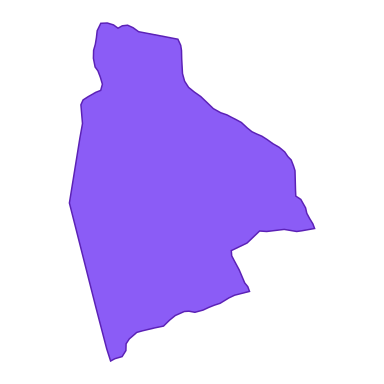 Mogeiro, Paraíba, Brazil (Robinson projection)
{"feature_id": "56859067B61318490511597", "entity_name": "Mogeiro", "entity_type": "district", "adm_level": 2, "iso_a3": "BRA", "parent_name": "Brazil", "parent_adm1": "Paraíba", "projection": "robinson", "projection_center": [-35.482, -7.296], "detail": "fine", "context": "isolated", "style": "filled", "palette": "violet", "viewbox_px": 384, "rotation_deg": 0, "n_neighbors": 0, "source": "geoboundaries", "source_scale": "gbopen_adm2", "svg_char_len": 1285}
<svg xmlns="http://www.w3.org/2000/svg" viewBox="0 0 384 384"><path d="M133.1,27.7L127.6,25.2L122.3,25.8L118.0,28.2L113.5,24.9L107.3,23.0L100.8,23.3L97.2,30.7L96.4,37.8L95.3,44.4L93.6,50.3L93.4,58.3L95.1,67.0L97.9,70.8L100.3,77.1L102.4,84.2L100.7,90.4L95.8,92.3L88.1,96.7L83.1,99.9L80.9,104.8L82.5,123.6L79.9,138.0L69.4,203.0L79.2,241.6L95.8,307.0L106.7,348.8L110.6,361.0L114.9,358.7L122.1,356.6L125.9,350.6L126.1,343.8L129.3,338.9L136.8,332.4L142.5,330.8L155.1,327.8L163.5,326.1L169.5,320.2L175.3,315.5L184.3,311.5L188.9,311.2L194.9,312.3L203.0,310.1L208.8,307.4L214.3,305.2L220.1,303.3L228.9,297.9L234.6,295.2L249.5,291.4L247.8,286.7L244.7,282.9L239.2,269.9L234.2,260.6L231.7,255.8L231.3,250.6L247.1,243.0L259.6,231.0L266.7,231.5L284.2,229.4L296.7,231.5L301.7,230.8L314.6,228.5L312.9,223.9L309.6,218.5L306.8,213.3L305.6,207.9L300.8,199.4L295.8,196.1L295.5,190.0L295.2,178.2L295.0,170.7L293.5,165.9L291.2,160.0L287.8,156.5L284.7,151.9L279.2,147.3L272.9,143.7L266.9,139.4L261.9,136.2L256.5,133.9L251.9,131.7L247.3,128.0L241.4,122.5L236.6,119.9L231.1,117.1L227.0,114.9L220.6,112.7L213.3,108.6L207.4,102.9L200.7,96.5L194.4,92.1L188.6,87.4L184.6,81.2L182.5,73.6L181.7,59.0L181.5,50.5L180.7,45.3L177.9,39.2L138.6,31.7L133.1,27.7Z" fill="#8b5cf6" stroke="#5b21b6" stroke-width="1.5"/></svg>